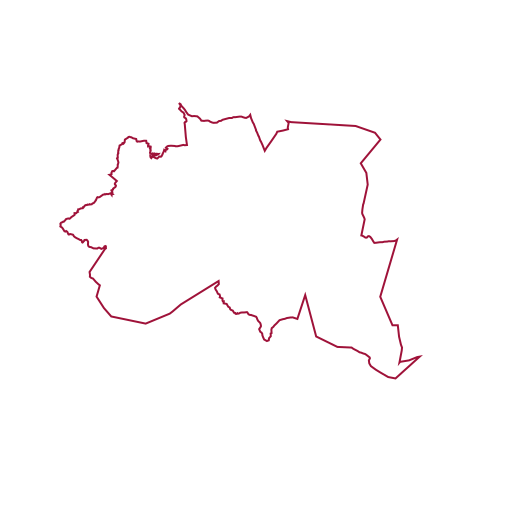 outline of Coatecas Altas, Oaxaca, Mexico, rotated 154°
{"feature_id": "50627088B89957955277288", "entity_name": "Coatecas Altas", "entity_type": "district", "adm_level": 2, "iso_a3": "MEX", "parent_name": "Mexico", "parent_adm1": "Oaxaca", "projection": "natural_earth1", "projection_center": [-96.617, 16.524], "detail": "fine", "context": "isolated", "style": "outline", "palette": "rose", "viewbox_px": 512, "rotation_deg": 154, "n_neighbors": 0, "source": "geoboundaries", "source_scale": "gbopen_adm2", "svg_char_len": 6132}
<svg xmlns="http://www.w3.org/2000/svg" viewBox="0 0 512 512"><g transform="rotate(154 256 256)"><path d="M344.8,245.4L300.6,249.9L301.7,247.1L303.6,246.3L305.3,246.0L306.8,245.3L307.0,243.4L306.7,241.6L306.8,238.8L305.6,237.4L306.0,235.4L306.7,234.7L304.7,232.5L305.5,231.1L305.7,229.8L304.8,229.4L305.8,227.6L303.4,225.8L303.2,222.6L302.2,221.2L302.5,219.9L302.3,218.8L300.8,217.1L300.6,214.6L299.7,214.0L299.7,213.0L298.7,212.4L297.8,212.8L297.3,212.0L296.5,211.8L295.1,211.9L293.9,211.6L290.8,210.2L288.7,209.5L288.5,209.1L288.3,207.0L287.8,206.2L287.0,205.5L286.3,205.2L285.7,204.6L285.6,204.4L284.4,203.3L282.5,201.3L282.4,199.9L282.6,198.4L282.5,196.6L281.7,194.4L281.6,193.5L282.0,191.5L282.5,190.5L285.2,188.9L285.4,186.1L284.6,184.7L284.5,183.2L285.0,182.1L285.2,180.2L285.3,177.4L283.5,174.8L281.5,174.6L280.3,176.4L277.9,177.4L276.8,179.9L275.8,179.9L274.5,183.0L273.4,184.3L271.5,184.7L270.0,185.5L267.1,186.4L263.0,188.0L259.4,187.4L257.7,186.9L255.4,186.7L251.9,185.6L249.9,184.7L246.4,181.3L228.9,199.3L237.2,157.3L222.7,138.6L210.2,131.8L209.2,129.9L206.3,126.0L205.5,124.6L204.8,123.7L204.1,123.3L203.0,122.1L202.3,121.3L201.0,120.2L200.2,118.9L198.3,115.0L198.5,114.1L200.3,112.7L200.9,110.9L201.2,110.1L201.2,108.9L201.0,106.6L198.1,101.2L195.3,96.8L190.3,89.3L184.3,84.8L153.0,93.8L155.5,94.5L164.2,95.1L172.9,97.7L173.8,97.3L166.5,107.1L164.9,109.7L164.6,112.7L162.8,120.7L158.9,131.6L163.7,133.9L162.2,164.9L122.0,208.9L123.5,208.6L125.4,208.9L128.8,210.3L130.3,211.1L131.6,211.4L134.4,212.6L136.4,213.0L138.9,214.2L142.1,215.2L143.9,215.9L144.2,217.8L144.4,220.6L144.9,223.1L145.8,224.4L146.8,224.6L148.2,224.0L149.1,224.2L149.9,225.0L150.5,226.2L151.6,227.7L152.3,228.3L142.2,241.4L142.0,243.0L142.0,247.2L141.7,248.3L139.9,251.3L137.0,255.5L136.4,255.9L124.3,271.2L120.4,282.3L121.2,293.4L93.1,306.1L95.0,314.6L109.5,329.2L165.7,360.9L168.9,363.6L168.3,361.3L171.1,357.6L171.6,355.9L176.7,356.9L182.4,358.4L184.2,356.9L192.5,352.2L199.3,348.5L202.0,346.7L201.5,352.9L201.4,357.2L201.6,357.7L201.0,362.4L201.2,362.8L200.9,366.5L201.0,368.8L200.7,369.2L200.1,375.8L200.3,377.4L200.0,382.1L199.3,385.4L201.0,384.5L204.3,384.4L205.4,385.1L206.9,386.5L207.9,387.6L209.4,388.4L214.2,390.0L214.7,390.4L215.6,390.7L217.1,390.6L219.6,391.8L226.4,393.1L228.2,392.8L230.0,393.5L232.7,393.0L235.8,394.3L236.9,395.2L238.4,396.9L238.8,397.8L239.8,398.8L241.9,399.7L243.5,400.2L245.8,401.6L246.1,403.9L247.5,407.2L250.2,408.9L252.3,409.7L255.0,412.8L255.6,415.9L255.8,418.3L256.2,420.2L257.2,423.5L257.3,424.2L257.2,425.4L258.2,427.2L257.8,424.8L258.1,423.9L259.6,422.5L259.9,422.5L260.5,422.3L260.6,421.8L260.1,420.7L259.5,418.6L258.3,416.6L258.3,414.1L259.6,412.6L259.7,412.0L258.7,410.4L258.8,409.4L259.3,407.7L260.4,407.3L261.0,407.5L261.9,407.0L262.2,405.8L266.9,393.7L269.4,386.0L271.5,386.8L272.6,387.7L277.5,388.8L278.5,389.1L280.2,389.9L280.5,390.2L280.6,390.4L284.1,392.4L286.7,393.4L287.9,393.4L289.5,392.9L289.4,392.3L288.6,391.1L288.9,390.9L289.2,390.8L290.7,390.9L291.4,390.0L292.0,391.6L293.5,390.0L294.9,389.0L295.7,388.1L296.5,387.7L297.1,387.1L298.0,386.9L298.8,387.6L299.9,387.6L302.0,386.9L302.9,387.6L303.6,388.4L304.3,389.5L304.4,389.9L305.7,390.5L306.2,390.4L307.2,389.9L307.5,390.8L307.3,391.8L307.1,392.3L306.4,391.3L306.0,391.0L305.6,391.2L304.5,391.4L304.3,391.8L301.9,390.3L300.3,390.4L299.4,390.1L298.8,390.4L299.6,390.7L300.1,391.3L302.0,392.1L302.5,392.8L303.1,392.8L304.2,393.7L304.7,393.5L304.9,393.3L305.8,394.1L306.1,395.1L306.0,395.3L305.3,396.1L304.5,396.8L304.6,397.5L303.8,398.3L304.2,398.9L304.2,399.3L303.4,400.0L302.9,400.0L302.7,400.5L303.6,401.2L305.0,401.7L304.7,402.5L304.2,402.7L303.4,404.0L304.2,404.9L304.3,404.7L304.9,405.4L304.2,407.7L306.1,408.7L310.1,409.7L311.6,410.6L312.6,410.8L312.7,411.4L312.9,411.7L312.4,413.7L315.0,415.8L316.0,417.4L316.6,417.7L317.4,418.6L318.5,418.9L319.1,418.5L322.8,418.1L324.3,415.8L325.8,415.1L326.0,415.9L326.6,416.0L327.4,415.2L330.2,415.1L331.3,413.5L332.2,412.6L332.8,412.2L332.9,411.5L333.8,410.9L334.1,409.9L334.8,409.1L334.7,408.7L336.0,407.6L337.2,404.8L337.7,404.7L338.0,404.8L338.2,404.6L338.1,403.4L338.6,400.5L339.7,399.1L340.2,398.8L341.0,397.2L341.7,396.1L342.4,396.2L346.5,394.4L346.8,394.6L346.9,395.0L348.0,395.3L349.5,394.1L349.9,392.9L350.7,392.8L352.1,393.2L348.2,384.4L350.1,383.6L351.1,383.0L351.4,382.4L351.4,382.0L351.0,381.1L351.1,380.5L351.9,379.8L352.3,379.6L354.4,379.3L355.0,379.1L355.3,378.4L355.6,378.3L357.2,378.4L357.3,378.2L357.0,376.8L357.2,376.1L357.8,375.2L357.7,374.7L358.4,375.1L359.0,374.1L359.1,374.6L358.9,376.1L361.8,376.4L363.0,377.2L364.1,377.3L364.5,377.8L364.8,377.6L366.4,378.2L370.7,377.5L371.8,377.7L372.7,378.4L373.4,378.1L375.3,376.4L375.6,376.4L375.9,376.0L376.4,375.8L377.7,375.1L378.8,374.7L379.4,374.9L380.3,374.8L381.0,374.5L382.4,375.0L382.9,375.5L383.3,375.3L384.4,375.7L384.9,376.1L385.5,375.9L385.8,376.1L386.5,376.4L386.9,376.2L387.7,376.4L389.5,375.4L390.0,375.7L390.7,374.9L392.8,375.6L394.6,375.5L395.3,375.9L396.3,374.8L396.6,374.8L396.9,374.4L396.8,373.7L397.9,373.7L398.8,373.3L400.3,374.1L400.6,373.5L400.6,373.0L400.9,372.6L401.2,372.4L405.0,371.9L405.7,371.6L407.2,371.2L407.7,371.5L408.0,371.9L409.3,372.3L410.8,372.4L411.8,371.7L412.6,371.6L413.5,371.1L413.9,371.1L414.4,371.4L415.4,371.2L416.2,371.4L417.0,371.2L417.8,370.6L417.9,369.5L418.9,368.3L417.8,366.5L417.6,365.3L417.3,362.2L416.6,361.5L415.7,361.7L415.0,360.5L415.1,357.7L414.8,357.3L414.3,357.2L413.5,357.3L411.2,355.4L411.1,355.1L411.0,353.5L410.3,352.0L408.9,350.0L408.1,349.1L407.3,347.8L406.9,347.4L406.1,347.0L406.0,345.9L406.3,344.8L406.1,344.2L405.5,344.2L404.5,344.8L403.8,344.9L403.1,345.6L401.1,344.8L400.7,343.6L400.7,342.3L402.0,340.0L402.3,338.6L402.1,337.7L401.4,336.9L400.5,336.4L398.7,334.1L395.4,332.3L394.0,332.5L393.1,332.1L391.9,330.2L389.1,330.0L388.2,331.0L387.6,331.1L387.0,330.8L386.1,331.1L386.8,330.5L387.5,328.7L388.7,328.5L412.6,314.6L413.5,311.7L414.4,310.2L413.7,308.5L412.4,307.2L411.3,303.0L410.7,301.5L410.1,299.9L409.2,298.1L417.1,289.4L415.5,275.9L412.6,265.1L384.8,243.6L358.8,242.0L355.3,242.7L344.8,245.4Z" fill="none" stroke="#9f1239" stroke-width="2"/></g></svg>